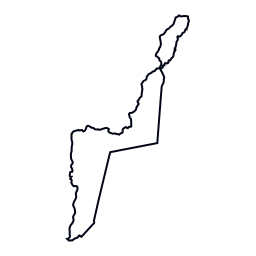 the district of Campinorte, Goiás, Brazil
{"feature_id": "56859067B34787667002337", "entity_name": "Campinorte", "entity_type": "district", "adm_level": 2, "iso_a3": "BRA", "parent_name": "Brazil", "parent_adm1": "Goiás", "projection": "equal_earth", "projection_center": [-48.948, -14.012], "detail": "fine", "context": "isolated", "style": "outline", "palette": "ink", "viewbox_px": 256, "rotation_deg": 0, "n_neighbors": 0, "source": "geoboundaries", "source_scale": "gbopen_adm2", "svg_char_len": 4389}
<svg xmlns="http://www.w3.org/2000/svg" viewBox="0 0 256 256"><path d="M188.0,16.5L187.0,16.4L186.4,16.1L184.3,16.0L180.5,16.4L179.1,15.4L178.3,16.0L177.5,16.7L176.8,17.1L175.6,17.5L175.1,19.4L174.1,22.4L173.4,24.3L172.3,25.4L170.1,27.1L169.5,27.8L168.6,28.8L167.4,29.2L166.8,29.7L166.1,30.4L165.2,32.1L164.0,33.8L163.1,34.4L162.2,34.7L160.9,35.3L160.0,36.2L159.7,37.2L160.0,38.3L160.2,39.5L160.4,40.5L160.8,42.8L160.9,44.0L160.6,45.5L160.1,47.1L159.2,48.2L159.0,49.3L157.9,51.6L157.3,52.2L156.8,52.8L156.4,53.5L155.8,54.7L155.8,55.9L156.6,56.3L157.3,56.7L157.9,57.4L158.6,57.8L159.2,58.3L159.3,60.0L160.0,60.8L160.7,61.3L161.2,62.1L161.3,63.5L161.2,64.5L160.0,67.0L159.4,67.9L158.8,68.4L157.4,68.5L156.6,68.5L155.3,70.2L154.6,71.2L153.3,71.4L152.5,71.7L151.3,73.0L150.0,73.4L149.1,73.9L148.4,74.6L147.4,75.8L146.7,77.1L146.5,78.6L146.2,79.5L144.8,80.4L143.5,81.0L142.7,82.2L141.4,84.0L141.6,85.0L142.1,86.1L142.1,87.7L142.4,89.1L142.3,90.0L142.1,91.1L141.8,93.2L141.6,94.6L141.6,96.0L141.1,96.7L139.8,97.8L139.3,98.7L138.8,99.7L137.6,101.0L137.8,102.4L138.6,103.3L138.5,104.5L137.8,105.1L137.1,106.4L136.6,107.1L136.3,108.1L136.0,109.3L135.3,110.4L134.6,111.0L133.9,111.7L133.0,112.2L132.4,112.6L131.6,112.9L130.8,112.9L129.8,113.0L129.0,114.0L129.1,115.1L129.5,115.8L129.6,117.0L130.0,117.9L130.9,118.8L131.0,120.0L131.2,121.2L131.2,122.7L131.1,123.7L131.3,125.1L131.1,126.6L129.6,126.8L128.6,127.1L127.9,128.1L126.9,127.9L126.2,127.2L125.1,127.3L122.9,129.1L122.6,130.8L122.6,132.4L121.7,133.2L121.0,133.1L120.1,133.8L119.2,134.6L118.0,134.1L116.8,134.2L115.7,133.5L114.2,133.5L112.8,133.7L112.1,133.5L111.2,133.1L109.7,132.7L108.4,131.4L108.4,130.2L108.9,129.1L107.9,128.4L106.6,128.0L105.3,128.0L103.7,128.6L102.7,128.8L101.9,129.1L100.9,129.6L99.8,129.6L99.0,129.9L98.3,129.3L97.0,129.4L96.0,129.5L94.4,129.0L93.7,128.1L93.1,127.9L92.0,127.9L90.6,127.0L89.7,126.5L89.0,126.0L87.5,125.9L86.7,126.5L86.4,127.2L85.9,128.9L85.1,130.2L84.4,131.0L83.4,131.4L82.6,130.9L82.0,130.0L81.1,130.1L79.7,130.5L78.3,129.9L77.6,130.3L76.7,130.5L75.8,130.6L75.0,130.9L74.0,131.3L72.7,132.0L72.2,133.3L71.6,133.9L71.5,135.8L71.5,137.0L71.5,138.5L71.5,139.6L71.9,140.7L72.3,142.7L72.2,144.5L71.9,146.0L71.6,148.0L71.6,149.1L71.7,150.2L71.4,152.0L70.9,153.8L70.9,154.7L70.9,156.6L71.1,158.3L71.5,159.7L72.4,161.4L72.8,162.4L72.5,163.5L71.2,165.2L71.0,166.9L71.6,167.8L72.1,169.0L72.6,170.8L72.1,171.9L71.4,171.7L70.7,171.9L70.1,172.3L70.0,173.3L69.9,174.4L69.7,175.2L69.8,176.3L70.3,176.8L71.4,176.8L70.7,177.9L70.3,179.0L71.2,179.4L71.6,180.1L71.7,181.3L71.3,182.6L72.2,184.4L72.9,185.4L73.4,186.0L74.0,186.3L74.8,186.1L75.5,186.0L76.2,186.1L76.9,186.2L77.6,188.0L77.4,189.4L76.9,191.0L76.4,191.8L75.9,193.2L75.9,194.7L76.2,196.4L76.1,197.9L75.4,199.3L75.0,200.0L74.4,201.0L73.9,202.0L73.7,202.8L73.1,204.6L73.4,206.1L73.9,207.1L74.3,207.9L74.6,208.8L75.0,210.2L75.1,212.3L74.9,213.5L74.4,214.4L73.8,215.3L73.2,216.7L73.1,217.8L73.6,219.5L73.4,220.9L72.9,222.2L71.7,224.0L70.7,225.1L70.2,226.2L69.6,227.8L69.5,229.5L69.7,231.1L69.6,233.7L69.8,235.1L70.0,236.1L69.7,237.2L69.0,238.1L68.3,238.5L67.7,238.7L67.1,238.9L68.1,239.7L69.0,240.6L70.2,240.5L71.2,240.3L72.0,240.5L72.7,240.1L73.5,239.4L75.0,238.5L76.3,238.0L77.3,237.7L78.1,237.0L78.6,236.1L79.3,235.5L80.1,236.1L80.7,236.0L81.4,236.8L92.7,224.5L93.4,223.9L94.1,223.0L94.2,221.9L93.9,220.8L98.4,201.0L99.4,196.7L109.4,155.2L110.3,152.1L111.7,151.8L114.0,151.5L116.5,150.9L117.3,150.8L118.8,150.5L119.8,150.3L155.7,143.4L157.3,143.1L158.7,124.7L160.7,98.7L161.6,87.8L161.7,86.6L162.1,85.5L162.6,84.5L163.2,83.5L163.6,82.2L163.8,80.7L163.8,79.2L164.1,78.2L164.2,77.3L163.8,76.4L163.5,75.3L163.0,74.6L162.6,73.5L162.2,72.5L161.8,71.9L161.1,70.7L160.5,69.5L161.4,68.4L162.1,67.8L162.8,67.3L162.5,66.0L163.3,65.4L164.4,65.3L164.5,64.1L165.2,63.0L166.8,63.5L167.8,63.1L168.5,62.4L168.3,61.4L169.1,60.3L170.3,60.3L170.7,59.3L171.8,58.1L172.5,57.3L173.2,56.5L173.5,55.7L173.6,54.1L174.0,52.4L175.0,51.0L175.5,49.9L175.3,48.6L174.7,49.1L174.8,48.0L175.7,46.8L176.2,44.4L176.3,43.4L176.6,41.6L177.5,40.4L177.9,39.2L177.7,38.2L177.3,37.0L178.0,36.2L178.7,36.6L179.9,36.5L180.8,35.7L181.3,35.1L182.2,33.8L182.5,33.0L183.2,32.8L184.1,32.3L184.7,31.6L185.0,30.8L185.6,29.2L186.6,29.4L186.8,28.2L187.3,26.9L187.6,25.8L188.0,25.0L188.0,24.2L188.1,23.0L188.8,21.4L188.9,20.4L188.2,19.2L188.0,18.0L188.0,16.5Z" fill="none" stroke="#020617" stroke-width="2"/></svg>